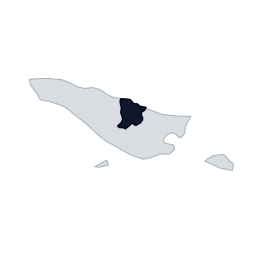 Manufahi highlighted on a map of East Timor, rotated 222°
{"feature_id": "TLS-551", "entity_name": "Manufahi", "entity_type": "District", "adm_level": 1, "iso_a3": "TLS", "parent_name": "East Timor", "parent_adm1": "", "projection": "robinson", "projection_center": [125.762, -8.972], "detail": "fine", "context": "in_parent", "style": "filled", "palette": "ink", "viewbox_px": 256, "rotation_deg": 222, "n_neighbors": 0, "source": "natural_earth", "source_scale": "10m", "svg_char_len": 1639}
<svg xmlns="http://www.w3.org/2000/svg" viewBox="0 0 256 256"><g transform="rotate(222 128 128)"><path d="M89.1,178.7L86.9,169.1L84.5,164.9L82.6,162.6L82.0,159.7L82.1,156.7L83.2,155.3L91.2,154.9L94.4,149.9L94.4,144.0L92.8,142.0L91.2,141.2L82.9,145.6L80.6,144.8L79.1,143.2L79.6,136.6L86.4,130.4L92.2,119.3L96.2,114.8L105.7,110.7L109.5,109.5L136.9,103.3L143.5,102.9L160.9,103.1L184.2,101.8L190.0,100.9L197.4,98.2L204.7,94.9L208.5,92.2L212.5,90.3L218.5,92.7L228.7,94.5L231.4,96.1L233.9,98.3L222.1,110.1L209.2,119.8L201.2,122.8L192.9,124.8L186.6,128.5L181.3,134.4L174.5,137.7L166.9,138.8L160.3,140.6L154.4,144.1L146.2,150.0L142.8,150.6L139.3,150.5L132.5,152.7L111.2,161.2L98.3,170.7L89.1,178.7ZM22.1,166.1L32.6,159.8L48.6,154.9L48.2,158.5L46.5,164.1L44.1,166.7L40.5,171.4L38.0,172.5L28.4,171.4L27.2,172.1L25.6,171.6L23.1,168.6L22.1,166.1ZM126.7,77.3L122.3,90.0L117.6,87.3L122.6,80.2L125.0,78.1L126.7,77.3Z" fill="#d9dde1" stroke="#a8b0b8" stroke-width="1"/><path d="M152.8,145.1L146.2,150.1L145.0,150.6L141.2,149.9L139.9,150.0L139.2,150.5L137.8,151.8L137.0,152.1L134.3,152.1L132.9,152.5L128.8,155.1L128.2,155.1L128.0,154.6L127.6,151.9L128.0,150.6L128.4,149.5L127.9,147.8L126.9,146.8L125.3,145.9L123.4,144.9L122.5,143.2L122.3,140.8L122.4,139.4L122.9,138.3L123.5,136.9L123.7,135.5L125.2,134.7L127.3,134.7L128.3,134.0L128.5,131.9L128.6,130.5L128.9,128.7L129.4,125.8L129.4,125.7L130.7,125.5L133.0,124.2L134.2,122.9L135.3,122.5L137.0,122.6L137.0,122.8L136.6,127.0L137.3,130.3L139.3,132.1L141.3,133.3L143.6,134.6L145.1,136.6L146.1,138.4L149.0,140.3L151.7,142.5L152.6,144.2L152.8,145.1Z" fill="#0f172a" stroke="#020617" stroke-width="1.5"/></g></svg>